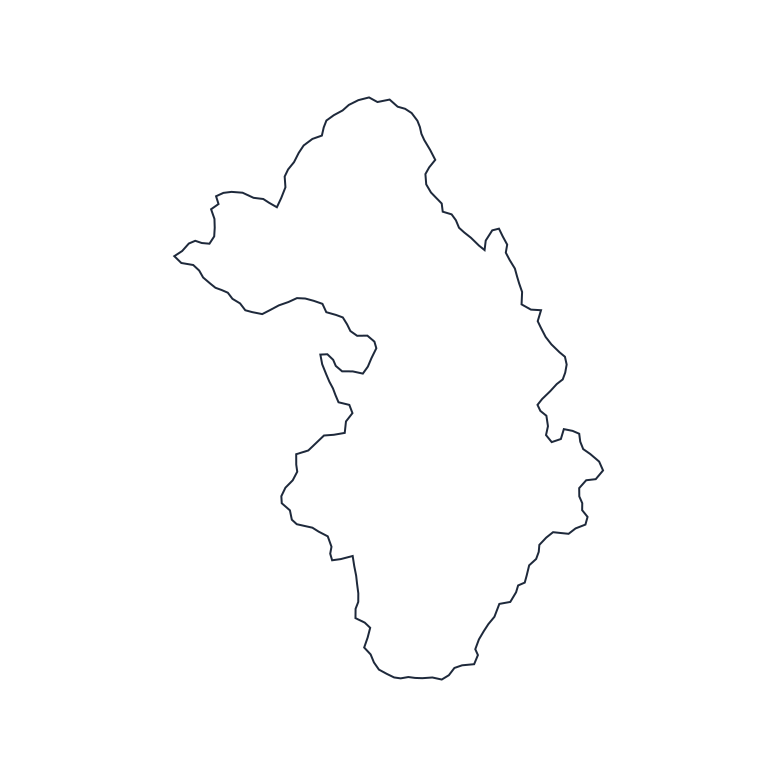 the district of Conceição do Pará, Minas Gerais, Brazil, rotated 33°
{"feature_id": "56859067B72885282662281", "entity_name": "Conceição do Pará", "entity_type": "district", "adm_level": 2, "iso_a3": "BRA", "parent_name": "Brazil", "parent_adm1": "Minas Gerais", "projection": "orthographic", "projection_center": [-44.879, -19.79], "detail": "fine", "context": "isolated", "style": "outline", "palette": "slate", "viewbox_px": 768, "rotation_deg": 33, "n_neighbors": 0, "source": "geoboundaries", "source_scale": "gbopen_adm2", "svg_char_len": 2901}
<svg xmlns="http://www.w3.org/2000/svg" viewBox="0 0 768 768"><g transform="rotate(33 384 384)"><path d="M484.8,251.3L478.7,247.6L475.5,236.6L466.7,241.6L456.0,242.3L449.7,231.6L442.5,226.0L437.2,221.5L430.9,215.9L421.9,211.6L414.6,207.5L411.4,200.0L403.1,195.5L395.8,191.1L391.1,196.2L391.2,208.3L395.4,216.9L388.3,216.2L377.3,214.0L368.7,213.2L361.8,212.1L355.1,207.5L348.3,204.9L339.4,207.5L334.1,201.2L325.6,199.3L319.1,197.8L310.7,193.6L304.4,185.4L303.9,177.7L304.9,168.1L295.1,162.5L284.9,157.5L279.1,153.8L274.1,148.9L268.6,145.0L259.6,141.7L251.8,141.7L244.4,144.0L233.8,142.4L224.9,151.1L215.4,151.8L207.9,159.9L202.5,169.1L200.3,177.1L195.5,185.9L192.2,194.4L193.7,201.6L196.6,209.5L190.5,217.4L186.7,227.7L186.6,236.6L187.7,246.9L186.7,256.3L187.7,264.1L194.2,272.7L196.5,284.0L197.9,294.1L188.8,294.6L182.0,294.6L173.2,298.9L161.2,300.6L151.5,305.9L145.2,311.2L140.9,318.0L147.2,323.2L143.8,331.6L151.9,337.9L156.9,345.1L161.2,352.7L161.2,361.4L154.4,365.0L147.7,366.7L143.8,372.5L142.3,382.4L138.5,391.0L148.1,392.9L159.2,388.1L167.2,389.5L174.3,393.2L183.5,394.4L190.2,395.1L196.7,393.6L203.3,392.5L210.5,395.1L219.4,394.8L227.5,397.7L234.3,395.5L243.8,391.7L248.1,384.2L253.0,375.3L259.2,367.3L264.2,359.4L271.4,355.2L279.8,352.5L288.7,350.3L296.5,355.2L306.2,352.2L313.2,350.6L320.6,354.1L327.0,357.9L335.2,358.2L343.7,352.5L352.9,353.7L358.1,358.2L359.4,369.2L361.0,378.2L360.6,386.8L350.8,390.5L342.0,396.2L333.7,395.1L328.2,391.4L320.3,389.9L314.6,394.0L321.4,401.1L330.5,407.5L336.9,411.8L343.6,415.5L349.3,419.7L355.8,424.1L366.3,420.4L373.4,425.6L372.5,436.1L377.7,446.4L369.6,453.9L361.7,459.9L359.2,470.5L356.7,481.0L348.6,490.7L354.3,499.4L359.0,504.8L359.9,514.5L357.8,524.6L359.0,534.0L363.2,539.7L373.9,541.2L380.6,548.0L387.2,549.1L395.0,546.2L402.2,543.5L409.6,543.4L419.8,542.4L428.6,549.1L431.3,555.6L436.5,560.1L443.1,554.4L451.4,545.3L458.2,552.9L465.1,560.0L470.2,566.2L476.5,573.6L481.1,580.8L482.6,588.0L487.6,595.9L497.8,594.6L505.2,596.0L508.4,605.6L510.9,615.8L520.1,618.1L527.2,623.0L535.3,626.3L544.1,625.6L552.3,624.6L558.3,621.8L564.0,616.5L570.1,613.6L576.3,609.9L584.4,603.8L593.4,600.4L597.0,592.9L597.7,583.8L602.7,577.4L612.2,569.9L610.4,560.2L605.0,556.7L602.7,546.5L602.3,536.9L602.3,528.5L603.4,519.1L600.5,505.6L608.6,498.0L608.2,486.7L606.2,479.9L610.2,473.9L608.0,467.0L604.5,457.0L606.9,447.9L605.2,440.5L601.9,434.3L603.7,424.5L606.5,416.2L613.0,412.9L620.4,409.1L623.3,400.8L629.5,392.2L627.1,384.6L618.9,381.9L615.2,376.0L609.0,371.9L604.4,365.0L606.0,354.6L613.4,348.5L614.8,337.2L606.7,331.9L595.2,330.4L586.5,330.1L580.0,325.5L574.8,319.4L567.7,320.6L559.4,323.9L562.3,333.8L556.3,341.4L547.7,338.6L544.5,330.1L537.5,322.2L529.8,321.4L524.1,317.9L524.8,310.4L527.3,299.6L528.9,290.0L531.4,282.8L529.8,275.8L526.6,268.2L520.9,262.6L513.9,261.8L502.8,259.6L493.9,256.5L484.8,251.3Z" fill="none" stroke="#1e293b" stroke-width="2"/></g></svg>